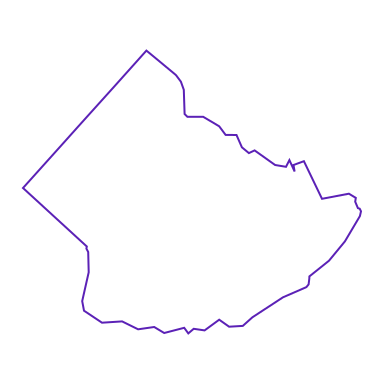 Atlantic, New Jersey, United States of America
{"feature_id": "52423323B94893090116384", "entity_name": "Atlantic", "entity_type": "district", "adm_level": 2, "iso_a3": "USA", "parent_name": "United States of America", "parent_adm1": "New Jersey", "projection": "albers", "projection_center": [-74.593, 39.509], "detail": "fine", "context": "isolated", "style": "outline", "palette": "violet", "viewbox_px": 384, "rotation_deg": 0, "n_neighbors": 0, "source": "geoboundaries", "source_scale": "gbopen_adm2", "svg_char_len": 853}
<svg xmlns="http://www.w3.org/2000/svg" viewBox="0 0 384 384"><path d="M76.6,128.3L59.5,147.4L23.0,188.0L86.8,246.5L86.4,248.6L88.2,252.0L88.7,272.3L82.2,301.1L84.0,310.7L102.0,322.7L122.1,321.4L138.1,329.3L154.2,327.0L164.2,333.0L184.2,327.8L188.3,333.4L193.7,328.8L204.6,330.4L219.2,319.7L229.1,326.7L242.8,325.9L252.4,317.3L283.0,297.3L306.4,287.1L308.6,284.4L309.3,278.7L309.4,276.4L329.0,260.7L344.9,241.4L348.1,236.0L359.9,216.1L361.0,211.3L359.7,208.7L357.9,208.1L355.2,201.7L355.8,197.9L348.9,193.7L322.0,198.8L303.9,161.2L293.5,165.0L294.6,171.5L289.4,160.1L286.0,166.8L275.1,165.0L254.6,150.4L248.9,153.1L241.9,147.3L236.5,135.0L225.6,134.9L219.2,126.3L203.2,116.8L187.4,116.8L184.6,114.0L183.8,89.8L180.9,81.7L176.2,75.4L175.4,74.6L152.5,55.6L146.4,50.6L114.9,85.8L85.6,118.3L76.6,128.3Z" fill="none" stroke="#5b21b6" stroke-width="2"/></svg>